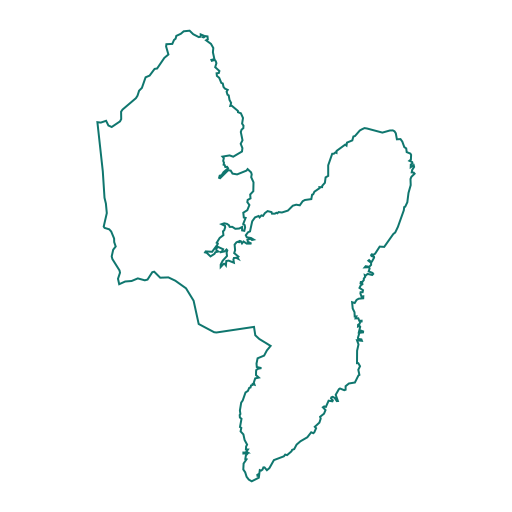 the district of Gagil, Yap, Federated States of Micronesia
{"feature_id": "79324940B76926879567495", "entity_name": "Gagil", "entity_type": "district", "adm_level": 2, "iso_a3": "FSM", "parent_name": "Federated States of Micronesia", "parent_adm1": "Yap", "projection": "robinson", "projection_center": [138.175, 9.551], "detail": "fine", "context": "isolated", "style": "outline", "palette": "teal", "viewbox_px": 512, "rotation_deg": 0, "n_neighbors": 0, "source": "geoboundaries", "source_scale": "gbopen_adm2", "svg_char_len": 6072}
<svg xmlns="http://www.w3.org/2000/svg" viewBox="0 0 512 512"><path d="M256.8,367.0L261.4,368.1L258.3,368.7L256.4,369.8L256.1,370.9L256.0,375.1L258.8,377.6L255.2,378.4L253.8,382.6L254.5,384.7L252.6,384.1L252.4,385.0L251.0,385.5L250.5,387.5L249.2,387.9L247.9,390.9L245.5,392.5L242.7,400.5L241.2,402.6L239.9,410.5L240.4,414.0L239.7,415.0L239.9,417.5L241.5,418.8L240.0,427.0L241.3,427.9L240.6,431.4L243.4,434.4L244.6,440.0L247.1,444.6L246.1,446.5L245.9,449.4L247.9,449.5L246.4,451.6L247.7,452.5L243.4,452.5L243.4,453.5L247.7,453.4L245.9,455.4L245.3,459.0L246.5,459.3L243.6,463.5L243.3,469.5L245.2,472.3L246.6,476.8L248.8,479.6L251.7,481.3L258.8,477.7L259.1,475.5L257.5,475.8L257.3,474.9L259.3,473.6L259.8,470.1L261.1,470.6L262.5,469.6L263.4,467.4L264.5,467.4L266.9,470.2L269.4,468.1L273.9,460.1L283.9,456.3L285.2,454.6L287.1,455.1L291.5,451.3L292.1,449.9L294.2,449.1L296.6,444.6L300.4,441.3L307.3,437.3L311.2,432.3L313.3,433.2L314.3,432.3L316.1,428.2L314.8,426.8L319.4,422.6L320.7,418.6L320.1,416.8L324.0,413.7L325.5,410.1L322.9,407.3L324.2,406.4L325.9,406.9L328.6,400.7L332.4,401.3L332.8,400.4L331.0,398.3L331.4,397.3L332.7,396.8L334.7,397.9L336.8,401.1L337.9,401.0L335.7,394.8L338.9,389.2L340.0,388.5L344.3,390.2L345.6,389.7L345.6,386.2L348.9,383.5L354.9,382.5L358.4,375.5L359.4,374.9L358.3,369.8L360.0,366.2L358.3,363.2L357.0,363.2L357.1,350.7L358.5,344.4L357.0,340.3L361.9,340.8L361.4,339.4L358.2,338.9L357.9,337.9L359.4,332.8L363.0,332.4L363.1,331.4L360.9,330.6L359.0,331.7L360.2,326.8L359.5,325.9L358.0,326.5L358.1,324.8L359.7,323.7L360.1,321.8L361.6,321.5L361.6,320.7L359.3,320.8L358.3,318.3L355.6,318.4L356.4,316.4L354.7,316.5L354.5,312.2L352.7,308.5L352.1,302.2L354.7,303.0L356.6,299.9L358.7,298.7L363.2,298.3L363.3,296.3L361.5,296.5L360.4,293.5L360.6,292.2L362.6,292.2L363.0,290.2L359.5,287.9L360.8,285.2L362.4,284.3L362.2,283.0L360.6,283.1L360.8,282.0L362.4,281.8L363.8,280.1L363.8,278.5L365.1,277.0L364.8,275.1L365.7,275.6L367.6,273.9L372.2,275.0L373.2,273.9L372.5,272.9L368.7,271.4L369.6,268.5L368.9,267.2L364.7,267.4L365.7,266.2L369.2,266.8L371.1,264.9L371.1,262.8L368.4,260.7L369.1,260.1L370.7,261.7L371.9,261.6L374.1,257.6L374.0,256.8L371.6,256.1L371.1,255.2L371.8,254.3L373.6,254.7L375.1,253.7L379.7,246.6L384.2,246.9L393.3,234.0L395.2,232.5L397.9,226.9L403.8,210.3L404.2,207.1L405.2,206.7L407.3,202.3L408.5,192.9L410.7,185.1L410.5,179.0L411.4,176.8L414.6,173.7L413.7,172.6L411.7,172.4L412.2,169.9L414.1,166.9L413.7,165.2L410.7,167.2L410.8,164.6L412.5,163.4L412.2,162.1L409.4,160.8L410.9,159.6L411.1,154.9L410.4,153.6L406.7,152.1L406.2,148.4L404.3,147.1L402.3,141.6L400.5,139.1L396.9,139.3L395.8,133.3L394.5,131.3L392.8,130.4L389.8,130.5L382.4,132.6L367.0,128.5L364.5,128.1L362.1,129.2L359.8,130.5L355.0,136.0L353.4,136.5L352.3,140.4L347.0,142.6L346.5,145.6L345.2,144.6L336.6,150.9L336.5,152.9L335.4,152.4L333.9,153.7L332.2,153.8L328.2,165.3L328.2,175.9L325.6,177.4L324.9,182.8L322.3,185.7L322.1,187.1L319.4,187.1L319.6,188.1L314.4,191.7L313.2,194.3L312.1,194.7L311.3,199.1L304.9,200.0L302.7,201.2L299.8,205.3L296.2,204.7L292.8,205.7L287.9,210.6L281.9,212.5L278.6,212.1L277.4,213.3L276.4,212.8L274.8,213.7L272.0,213.7L271.5,212.1L267.6,211.1L264.9,213.1L263.0,215.9L261.4,215.4L259.6,217.4L258.6,216.0L255.0,217.4L252.2,221.3L250.0,231.4L248.0,232.3L245.8,235.2L246.8,237.3L251.0,238.0L253.7,239.6L252.0,240.0L250.5,238.7L247.4,239.8L247.8,241.7L251.4,243.6L246.7,243.6L243.5,241.5L242.0,243.4L240.8,241.2L239.7,241.0L239.0,242.9L238.8,241.4L236.5,242.3L234.6,244.6L235.1,250.2L234.2,253.1L238.4,256.6L237.4,257.5L238.2,258.8L236.2,257.8L233.9,258.0L233.4,259.6L233.9,262.7L228.6,260.6L226.3,261.0L225.9,265.4L224.7,263.8L223.7,263.8L220.7,267.0L220.7,264.6L222.7,260.7L227.0,256.0L226.6,252.7L227.3,250.4L226.5,249.5L224.6,251.4L219.7,252.4L222.0,251.5L223.1,249.2L218.0,246.9L216.2,248.7L216.4,250.2L218.3,251.5L215.4,252.2L214.4,253.9L210.5,256.4L206.7,252.8L205.1,252.4L205.7,251.4L212.1,251.8L217.5,244.5L217.8,243.5L216.7,242.8L219.7,237.9L223.4,235.2L223.0,231.3L224.2,230.3L225.2,227.2L225.0,225.9L221.6,224.2L224.2,223.3L227.0,223.9L228.9,225.2L229.7,226.9L232.4,226.9L235.3,228.8L239.2,228.5L242.1,227.0L242.1,230.4L244.3,230.8L245.1,227.4L244.7,225.1L243.2,224.0L245.6,217.9L243.8,217.5L243.3,212.7L247.3,210.2L249.4,205.0L247.3,202.1L247.7,199.9L250.5,198.4L250.2,194.5L253.3,191.2L253.5,182.3L251.2,177.2L251.7,174.4L251.1,172.4L247.6,169.1L246.5,170.6L237.1,174.4L232.5,173.6L230.7,170.6L228.2,170.2L220.1,178.2L219.1,177.8L219.7,175.7L221.6,175.2L223.6,172.1L228.1,168.3L227.1,166.8L225.3,167.0L224.7,165.1L223.6,164.7L224.0,162.8L223.2,160.9L223.8,158.1L222.5,156.6L229.6,155.4L233.2,156.7L242.0,151.5L242.4,148.1L240.7,143.8L242.5,140.3L240.8,132.0L241.6,129.6L243.3,128.2L243.5,125.7L242.1,123.6L243.0,118.0L240.9,113.3L238.0,112.2L237.9,110.9L231.7,105.7L230.3,105.9L231.1,102.9L229.5,99.9L228.7,95.4L227.5,94.7L226.6,91.7L227.7,89.9L224.9,88.6L223.5,86.9L222.8,83.5L221.3,82.9L219.2,77.8L216.9,75.9L216.6,73.3L218.8,73.0L219.4,71.0L215.2,67.2L216.4,63.2L215.8,61.3L214.8,59.9L211.8,60.8L211.4,59.9L214.4,59.1L212.9,52.3L213.3,48.0L211.0,43.9L206.1,40.3L207.8,39.3L207.5,36.4L205.5,36.1L203.7,37.4L203.0,37.2L203.6,35.6L200.7,34.4L200.7,36.7L198.8,37.1L193.2,34.2L189.6,30.7L183.7,31.3L180.8,33.8L176.3,35.9L175.6,38.7L174.0,40.0L172.3,43.9L166.4,44.2L166.1,46.5L168.4,54.5L164.4,57.8L157.1,68.5L154.6,68.9L149.6,75.6L145.6,77.3L141.9,87.9L139.1,90.7L137.5,95.7L135.9,98.2L122.5,109.6L121.1,111.7L121.2,119.1L120.0,121.4L111.7,127.0L108.4,125.5L106.1,120.8L100.8,122.6L97.4,122.2L102.8,171.4L104.5,197.8L105.9,203.6L106.8,213.1L103.7,226.6L104.6,227.9L109.2,229.3L111.2,231.5L114.1,238.5L114.2,242.1L115.7,246.5L113.2,249.7L111.7,256.4L112.4,259.1L119.5,270.4L120.0,272.7L118.0,278.8L119.2,284.2L125.2,281.5L131.6,281.0L137.8,278.4L144.8,280.3L147.5,279.6L152.3,272.2L154.2,271.7L160.2,277.7L168.4,277.4L175.3,280.7L186.0,288.3L193.6,300.7L198.7,324.0L214.1,332.2L216.4,332.5L254.0,326.9L255.3,335.3L259.3,339.0L270.6,345.9L266.9,350.4L264.1,355.6L257.6,358.3L256.5,363.6L256.8,367.0Z" fill="none" stroke="#0f766e" stroke-width="2"/></svg>